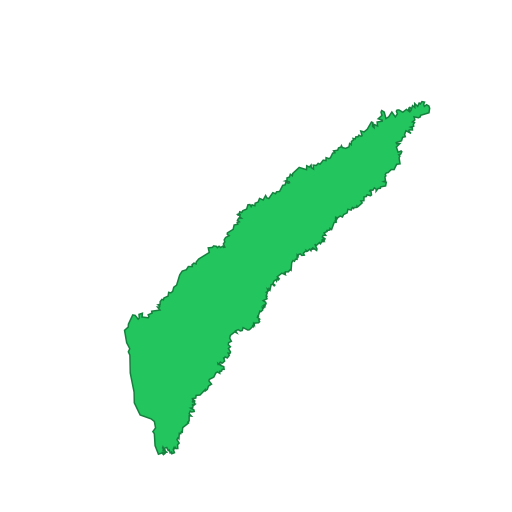 Trinidad, Casanare, Colombia, rotated 122°
{"feature_id": "7082276B41149975588614", "entity_name": "Trinidad", "entity_type": "district", "adm_level": 2, "iso_a3": "COL", "parent_name": "Colombia", "parent_adm1": "Casanare", "projection": "mercator", "projection_center": [-71.293, 5.357], "detail": "fine", "context": "isolated", "style": "filled", "palette": "green", "viewbox_px": 512, "rotation_deg": 122, "n_neighbors": 0, "source": "geoboundaries", "source_scale": "gbopen_adm2", "svg_char_len": 6078}
<svg xmlns="http://www.w3.org/2000/svg" viewBox="0 0 512 512"><g transform="rotate(122 256 256)"><path d="M119.2,188.3L118.4,189.6L116.4,189.5L115.3,188.2L111.0,187.1L109.6,184.7L103.7,185.3L101.5,182.7L96.9,186.7L95.0,186.9L94.5,188.6L92.9,187.3L90.3,187.6L90.0,188.6L92.7,190.5L89.2,194.7L84.5,193.6L86.3,196.2L85.5,197.2L81.2,193.6L77.7,194.6L75.7,192.6L74.2,194.4L70.3,195.2L69.9,189.5L69.0,192.8L67.8,192.8L66.2,190.1L64.5,191.3L64.8,193.2L62.4,191.0L61.0,192.3L58.8,192.3L59.4,194.4L56.4,193.4L54.2,195.7L52.7,191.5L51.0,190.4L49.5,191.0L42.9,185.2L38.7,187.0L37.2,188.9L37.3,191.5L39.9,192.5L38.4,194.2L36.2,194.6L37.1,197.1L40.0,197.2L39.8,198.7L43.4,198.2L42.6,202.2L45.9,200.0L45.5,202.9L48.9,202.1L48.4,204.3L49.2,204.7L50.8,204.2L50.7,201.7L52.3,202.0L51.9,206.1L56.3,207.7L56.4,212.2L57.5,213.7L58.8,213.7L60.6,211.4L64.2,211.6L61.9,217.1L67.7,217.2L70.6,218.6L66.0,223.5L66.0,226.5L67.8,226.2L70.1,223.7L74.9,225.1L73.9,220.9L74.8,220.4L78.2,224.3L81.3,221.8L81.9,225.9L84.6,223.8L84.3,225.8L81.0,227.6L81.2,229.1L89.6,228.8L93.5,230.1L94.5,233.4L97.8,229.8L98.9,230.5L99.0,232.8L100.9,232.7L102.0,234.5L104.1,233.9L104.9,236.0L106.0,234.8L108.2,235.8L111.2,234.2L111.0,236.2L114.2,235.0L117.2,237.0L118.3,240.2L117.2,242.0L118.6,241.7L120.6,243.3L123.0,242.8L125.7,245.9L126.6,243.8L128.1,245.5L133.4,244.9L134.8,245.9L135.5,248.7L138.0,247.2L139.1,249.8L144.2,250.3L144.5,252.4L147.2,252.8L148.6,255.6L151.8,253.3L151.7,256.0L149.7,257.5L152.3,257.9L152.6,260.8L156.0,258.9L158.0,266.3L166.6,268.6L168.7,267.7L168.5,270.2L171.3,269.5L173.4,271.1L175.4,269.8L176.8,270.9L175.4,267.2L176.1,266.4L177.2,267.1L177.3,269.9L180.3,269.0L181.9,270.8L188.8,270.2L190.7,272.6L192.8,272.4L193.4,275.3L200.5,275.6L201.0,277.7L199.6,279.9L204.7,279.6L205.3,283.5L209.1,282.8L211.7,284.7L214.0,283.6L214.7,286.5L216.7,286.3L215.6,288.4L216.8,290.0L221.2,288.8L224.5,291.2L226.7,291.2L227.1,293.2L229.1,292.7L230.6,293.8L230.9,292.7L229.4,291.3L231.5,290.5L231.7,288.5L233.0,290.7L235.6,290.7L235.9,288.3L237.5,289.8L238.7,288.3L241.3,291.0L245.5,289.5L251.6,292.5L252.8,291.9L253.0,289.5L256.4,291.6L259.2,291.5L260.6,289.9L263.0,290.1L265.0,287.1L265.9,288.0L265.3,289.4L267.5,290.4L267.3,292.5L269.4,293.2L268.8,294.7L269.9,297.3L271.8,297.5L274.4,300.8L277.8,297.5L288.9,303.0L292.7,303.5L294.4,302.6L294.9,304.9L297.4,305.6L298.7,304.4L300.8,307.8L304.6,307.8L307.9,310.6L312.4,310.7L322.8,307.9L326.1,309.2L330.1,307.9L332.4,308.7L333.1,310.8L336.6,309.3L340.3,311.8L342.3,311.3L342.6,312.8L345.5,313.1L347.7,311.7L349.3,313.2L349.3,311.1L350.5,310.9L351.5,312.5L352.7,308.8L358.1,315.2L359.5,313.9L363.0,316.3L364.2,314.6L365.5,314.7L368.1,320.3L364.7,322.0L367.5,324.3L370.3,322.2L372.0,322.5L370.4,327.0L371.3,329.3L381.4,328.1L383.9,326.7L388.7,328.1L398.1,319.7L401.5,313.9L404.9,313.5L406.9,310.4L421.9,300.6L436.1,287.2L445.0,281.4L452.2,270.0L449.7,258.6L450.2,254.5L455.0,250.1L459.6,250.4L460.5,248.1L470.3,241.1L475.8,233.7L472.8,231.3L473.5,229.2L471.6,228.6L471.5,230.4L469.8,227.9L469.2,229.9L470.4,232.4L468.6,230.9L468.3,233.5L467.3,233.7L468.2,232.3L465.7,230.2L467.5,227.4L466.5,226.9L468.5,224.4L467.0,223.7L468.3,222.6L466.0,220.9L463.9,223.7L462.4,223.9L463.2,223.2L461.2,223.0L461.8,221.9L460.7,220.3L457.6,222.5L455.4,222.0L453.6,225.8L451.6,225.8L451.9,224.5L447.0,227.1L446.6,225.7L444.6,226.1L444.5,225.2L440.4,227.2L433.3,224.7L433.1,225.8L431.3,225.3L426.9,228.0L426.0,226.0L425.2,229.1L422.4,229.6L422.4,227.9L420.6,226.0L419.4,227.1L419.6,230.7L418.4,229.3L416.3,230.0L415.8,231.6L415.4,229.6L413.7,229.0L413.8,230.1L412.2,230.8L413.8,233.0L411.3,231.5L411.1,232.5L412.2,232.7L410.6,234.4L408.4,231.8L405.9,232.9L403.6,229.8L396.3,228.3L397.3,227.5L394.9,226.6L391.5,227.4L388.2,225.8L386.9,229.7L385.4,230.2L381.1,227.6L376.5,228.1L374.8,227.3L374.7,224.5L373.0,225.6L371.9,224.2L370.0,224.6L369.0,223.0L366.9,224.7L367.6,228.3L366.5,228.6L368.1,230.7L367.3,231.4L367.5,230.3L364.9,230.1L364.6,227.7L361.7,226.9L359.3,229.9L359.8,228.8L357.9,228.7L357.7,226.3L354.4,226.0L353.1,228.1L352.4,226.5L350.9,226.7L349.1,230.4L346.5,229.6L346.0,232.4L344.1,233.3L341.4,231.7L339.6,234.8L336.9,235.7L331.6,233.8L331.4,231.5L330.3,233.7L327.9,232.1L327.9,229.6L326.5,228.2L323.6,229.0L323.1,223.7L322.0,222.5L317.5,221.4L316.3,222.3L316.9,221.0L314.7,222.2L315.3,220.9L313.9,221.9L311.3,218.5L309.8,218.1L308.7,219.8L307.6,219.4L307.2,222.3L306.2,221.9L305.9,223.3L305.7,222.3L300.7,223.5L300.7,222.4L298.2,221.7L296.2,223.4L296.1,222.1L294.9,222.8L294.7,221.5L293.2,222.0L293.7,223.3L291.2,222.1L290.1,223.3L290.1,226.3L286.4,224.0L285.3,225.5L283.8,225.2L284.7,225.9L284.0,226.4L281.3,226.9L281.3,228.0L278.2,226.7L278.7,227.8L278.0,228.7L278.1,227.7L276.8,227.8L277.5,226.1L272.3,228.0L271.2,226.8L271.7,224.8L270.7,224.6L270.3,227.1L267.7,227.5L265.6,226.5L266.3,225.3L264.0,225.9L264.4,224.4L263.0,224.2L262.3,227.0L256.9,225.0L256.3,221.3L255.3,222.7L255.1,222.0L253.9,222.7L252.3,220.2L249.4,219.7L249.5,218.7L242.7,222.2L240.2,222.2L240.1,220.6L237.8,220.8L237.1,219.4L233.5,221.5L234.1,220.1L232.3,220.9L230.7,219.5L231.3,217.6L229.7,215.5L228.5,217.3L226.8,216.9L225.3,216.2L225.3,214.8L224.6,216.1L224.5,214.8L221.8,214.1L222.4,212.2L220.8,212.7L220.0,211.2L219.3,210.9L220.0,212.3L219.0,212.2L219.2,207.5L217.7,208.0L214.8,212.4L215.1,210.4L211.0,209.3L211.6,207.9L209.0,207.7L207.8,206.1L207.5,208.5L206.1,208.1L206.6,206.4L204.8,206.6L204.7,209.8L202.9,210.0L201.5,207.8L200.3,210.5L197.5,208.7L196.8,209.4L194.9,207.2L193.4,207.9L193.5,205.9L186.1,207.5L185.0,205.9L183.6,206.7L184.7,207.7L181.9,207.0L182.3,208.2L180.9,209.0L180.5,207.1L177.5,205.8L177.2,203.4L174.3,203.6L171.1,201.6L167.7,202.8L166.6,199.6L163.8,200.0L164.0,198.4L163.1,198.6L161.5,196.5L160.1,196.9L160.5,195.8L154.7,194.1L153.7,196.2L151.9,193.8L148.6,195.7L147.2,194.0L145.2,194.2L144.3,190.9L143.0,190.4L140.2,192.8L140.6,194.0L139.5,194.0L138.2,191.7L135.5,191.7L135.7,189.4L137.3,188.5L134.0,188.2L132.7,186.4L131.4,187.0L127.9,183.2L124.4,184.6L125.3,187.2L123.6,186.0L120.6,188.6L119.2,188.3Z" fill="#22c55e" stroke="#15803d" stroke-width="1.5"/></g></svg>